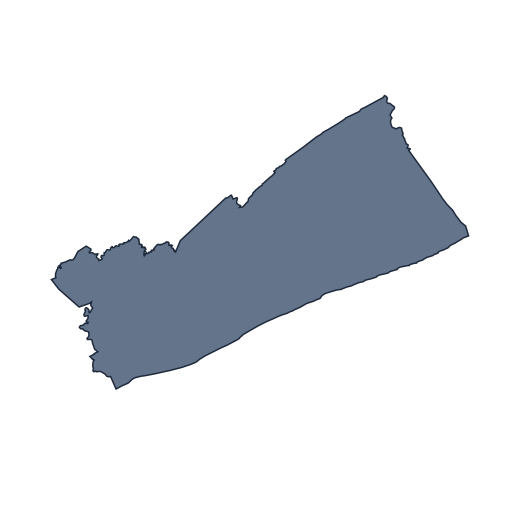 Umkhanyakude, KwaZulu-Natal, South Africa, rotated 54°
{"feature_id": "47623444B87808740966359", "entity_name": "Umkhanyakude", "entity_type": "district", "adm_level": 2, "iso_a3": "ZAF", "parent_name": "South Africa", "parent_adm1": "KwaZulu-Natal", "projection": "equal_earth", "projection_center": [32.054, -27.662], "detail": "fine", "context": "isolated", "style": "filled", "palette": "slate", "viewbox_px": 512, "rotation_deg": 54, "n_neighbors": 0, "source": "geoboundaries", "source_scale": "gbopen_adm2", "svg_char_len": 6057}
<svg xmlns="http://www.w3.org/2000/svg" viewBox="0 0 512 512"><g transform="rotate(54 256 256)"><path d="M268.0,444.5L281.4,447.4L282.3,440.3L283.6,434.6L283.6,432.9L283.0,429.1L283.1,426.8L283.6,424.9L285.6,419.8L287.5,416.3L291.6,407.6L298.1,392.7L302.4,381.8L305.3,372.6L306.6,367.0L306.4,362.1L306.8,356.3L309.7,338.5L311.1,331.9L312.7,320.8L312.9,318.1L312.5,317.1L312.0,312.0L313.7,295.8L315.2,286.2L316.9,278.8L317.9,273.6L319.3,268.4L320.6,264.7L321.1,261.3L322.0,258.4L322.0,257.1L323.4,250.4L324.2,242.8L326.3,236.4L327.1,232.1L327.7,230.4L327.9,228.2L327.2,227.5L326.8,225.6L326.9,223.5L327.3,221.1L330.8,211.0L333.2,206.4L333.2,205.8L334.4,201.0L336.4,196.0L336.4,195.1L337.7,189.6L338.5,187.1L339.8,184.5L339.9,183.9L339.8,182.7L340.1,181.1L342.3,175.7L343.4,172.2L343.8,170.8L343.5,169.6L343.9,167.4L347.3,159.5L347.5,158.6L347.3,157.5L347.4,156.5L349.9,149.7L349.5,149.3L349.4,148.8L349.4,147.6L349.7,145.9L353.4,137.9L353.9,137.5L353.4,136.9L353.6,135.8L355.1,131.9L356.1,130.3L355.7,129.4L355.7,128.4L357.3,123.1L357.2,122.3L357.5,118.8L359.2,113.9L359.5,112.7L359.6,110.5L360.6,107.4L360.6,107.0L360.1,106.5L360.1,105.2L360.4,103.3L361.4,100.4L361.7,98.0L362.2,96.1L362.1,94.6L361.7,93.0L361.7,92.0L362.7,86.8L362.6,86.0L363.2,80.0L363.2,77.7L364.7,72.2L355.3,68.9L355.3,69.1L355.3,68.9L354.7,68.9L349.4,70.3L340.6,70.5L334.6,70.0L326.4,71.2L318.9,71.3L298.5,70.5L260.3,70.4L260.3,68.5L260.1,68.3L259.3,68.4L258.8,69.4L257.5,70.3L256.5,68.5L255.7,67.7L255.0,67.7L253.5,68.6L251.3,67.7L250.0,67.8L248.7,66.8L247.8,67.0L245.7,66.5L244.6,66.7L244.2,66.4L243.9,65.5L243.1,64.9L241.1,64.5L238.1,63.1L237.3,63.5L236.0,64.8L236.0,65.8L235.6,66.5L235.6,67.9L235.4,68.2L234.2,68.6L232.2,70.1L231.5,70.1L228.4,69.3L226.7,68.4L224.8,66.7L224.5,65.3L224.2,64.9L221.3,64.8L220.7,64.5L218.6,60.3L218.1,57.6L217.2,56.6L215.9,56.5L214.5,57.1L212.2,57.7L211.1,58.1L210.2,59.4L209.1,59.7L207.6,59.3L206.5,58.2L206.1,57.4L205.7,57.0L204.5,56.8L202.8,57.1L201.7,57.8L202.5,60.0L199.9,79.5L199.0,84.4L199.8,87.6L197.0,102.4L197.4,103.5L197.1,111.1L196.1,123.3L195.3,129.2L195.6,130.5L195.7,132.5L195.2,136.7L195.7,154.1L195.5,174.5L195.6,175.7L195.8,176.1L197.1,176.1L197.9,178.7L198.0,182.2L198.0,182.8L197.4,183.8L197.7,186.1L197.1,188.2L198.1,189.1L197.8,191.2L198.2,191.9L199.7,191.5L200.5,195.6L200.7,200.1L201.5,207.4L201.5,208.6L202.3,209.3L202.1,212.9L202.5,216.3L202.5,217.9L203.1,219.2L202.9,219.9L203.3,221.6L203.9,222.1L204.8,224.2L204.5,224.6L205.2,228.4L206.3,229.3L207.5,231.0L207.2,231.5L208.1,235.6L208.5,238.1L207.0,240.7L206.8,239.6L206.2,238.9L203.9,240.2L202.2,240.6L200.8,239.9L199.1,237.7L198.1,237.1L197.6,237.1L197.4,237.4L196.9,239.6L196.3,241.1L194.2,240.5L192.4,240.1L192.0,241.2L192.3,242.9L192.1,244.6L191.6,246.1L191.3,246.4L199.1,308.2L205.3,318.4L204.9,318.3L204.5,318.8L204.0,318.8L204.2,319.3L203.8,319.3L203.7,318.6L203.4,318.8L203.1,318.6L202.4,318.9L201.7,318.6L201.2,318.9L200.8,318.7L200.2,319.2L199.8,319.5L199.2,319.1L198.9,319.2L198.5,318.8L198.6,318.2L198.2,318.0L198.2,317.6L197.1,318.2L197.1,318.9L196.6,319.4L196.7,319.7L196.3,320.2L195.9,320.2L195.6,319.9L195.7,319.7L194.4,318.8L194.0,319.0L193.7,318.8L193.0,318.9L192.3,320.0L191.8,320.3L192.2,321.7L191.5,323.3L191.5,325.1L191.0,325.6L190.6,326.5L190.7,327.1L189.3,327.9L189.3,328.4L188.9,328.8L188.8,329.3L189.1,330.5L189.3,332.0L190.0,333.4L189.8,333.9L190.3,334.8L191.2,335.0L190.8,335.7L190.8,336.3L190.5,336.2L190.4,337.0L190.0,337.2L190.7,337.9L190.5,338.1L190.6,338.6L190.9,338.7L190.5,339.1L190.4,339.9L190.6,340.3L190.3,340.5L190.0,340.8L190.4,341.3L190.3,342.4L189.3,342.9L189.3,343.6L189.1,343.9L189.6,343.8L189.7,345.5L190.0,345.4L190.2,346.3L189.2,346.1L186.9,344.1L186.9,343.7L187.5,342.8L186.3,343.1L186.0,341.3L185.1,341.0L184.5,341.3L184.0,340.7L183.2,341.0L183.2,342.1L182.5,342.1L182.4,342.4L181.9,342.4L182.0,343.1L181.8,343.4L181.1,343.2L180.9,342.6L180.5,342.6L180.4,341.9L180.1,341.7L178.8,342.3L177.9,343.4L173.7,341.0L173.1,340.9L172.8,341.3L170.3,341.7L170.0,342.2L168.3,343.7L168.5,344.9L169.0,346.2L169.6,350.1L169.4,350.3L168.6,350.1L169.0,351.1L168.8,352.6L168.5,353.7L167.6,355.1L167.7,355.4L168.1,355.5L168.4,356.0L167.8,356.7L167.3,357.9L166.2,359.5L166.2,360.2L167.5,360.6L167.4,361.4L167.0,362.1L165.5,363.0L165.4,364.4L165.8,365.4L165.6,366.5L164.9,366.9L164.1,366.7L163.8,367.0L163.8,367.8L164.1,368.7L165.3,370.4L164.9,371.2L163.7,372.3L163.4,373.0L163.5,373.7L164.7,375.9L164.0,376.8L166.3,378.7L166.0,379.6L165.0,380.2L165.0,381.1L165.9,382.1L167.6,382.0L168.2,382.4L167.8,384.6L167.3,385.8L166.6,385.0L166.2,385.0L166.1,385.3L163.5,385.8L162.0,384.9L162.0,383.4L161.2,382.7L160.4,384.2L160.0,385.3L157.0,386.5L156.5,387.1L156.1,388.3L155.6,388.9L154.7,388.6L154.3,386.1L153.4,385.5L148.2,387.6L147.7,397.5L151.1,404.3L151.1,405.1L151.5,406.6L151.1,407.6L150.0,408.2L149.5,410.1L148.9,413.5L147.3,418.1L148.1,418.6L148.1,421.0L149.8,420.3L151.1,420.5L151.3,420.9L151.2,421.4L150.8,421.6L149.3,421.5L148.6,422.6L148.6,423.1L149.7,423.7L150.2,425.3L152.4,428.4L154.7,430.3L156.0,430.6L154.8,435.4L167.0,435.0L193.3,429.1L196.4,418.8L196.5,416.1L198.2,418.2L198.7,418.6L202.1,418.8L202.5,419.5L202.8,420.7L203.9,422.7L204.1,423.7L203.7,424.3L201.7,423.0L200.4,422.9L199.0,423.2L198.3,423.6L197.9,424.1L198.0,424.8L198.6,425.6L199.2,426.1L200.6,426.7L202.1,429.5L203.3,430.2L204.1,430.0L205.2,427.5L205.8,427.0L206.9,427.8L207.8,428.8L208.8,431.7L209.4,431.8L210.9,430.8L211.4,431.0L211.5,432.0L209.9,433.8L210.3,436.7L209.2,438.9L209.5,440.4L210.1,440.9L211.9,440.6L213.3,438.9L215.4,438.8L219.0,436.0L221.4,437.3L222.8,438.8L223.3,440.9L223.7,441.5L224.8,441.2L225.8,439.4L226.5,438.6L227.5,438.1L230.2,439.4L236.6,441.3L240.5,440.3L239.9,444.3L240.4,444.4L239.6,449.4L240.8,449.2L241.6,449.3L242.4,448.9L243.5,449.1L244.3,448.3L245.1,448.1L245.3,448.3L245.2,448.6L245.5,449.5L247.3,451.4L249.7,453.1L251.0,453.3L252.5,455.0L253.8,455.5L254.5,455.0L254.6,453.7L256.0,453.0L256.3,452.2L258.2,449.4L263.2,447.4L265.1,447.5L265.7,447.3L267.1,446.2L268.0,444.5Z" fill="#64748b" stroke="#1e293b" stroke-width="1.5"/></g></svg>